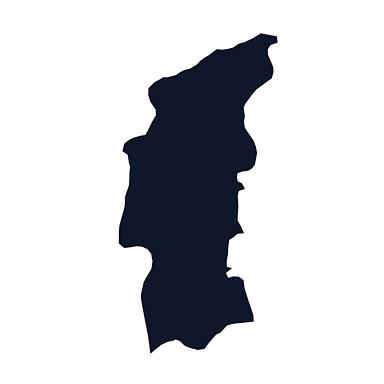 Axixá, Maranhão, Brazil, rotated 185°
{"feature_id": "56859067B14905169969378", "entity_name": "Axixá", "entity_type": "district", "adm_level": 2, "iso_a3": "BRA", "parent_name": "Brazil", "parent_adm1": "Maranhão", "projection": "robinson", "projection_center": [-44.102, -2.845], "detail": "fine", "context": "isolated", "style": "filled", "palette": "ink", "viewbox_px": 384, "rotation_deg": 185, "n_neighbors": 0, "source": "geoboundaries", "source_scale": "gbopen_adm2", "svg_char_len": 1843}
<svg xmlns="http://www.w3.org/2000/svg" viewBox="0 0 384 384"><g transform="rotate(185 192 192)"><path d="M259.7,134.8L254.4,131.1L247.5,132.6L242.2,134.1L236.2,133.8L230.9,131.8L226.6,127.3L224.6,119.7L225.0,111.7L229.8,101.9L231.5,97.8L232.4,91.2L233.2,85.3L232.5,80.3L230.5,72.9L228.8,66.8L226.6,59.1L222.4,44.5L218.9,28.7L215.3,32.6L209.7,37.7L203.3,41.5L199.1,42.5L195.3,44.5L190.9,43.2L184.9,38.5L178.5,36.9L172.1,35.9L166.4,37.5L162.7,43.5L159.5,48.0L156.0,52.6L151.8,55.1L148.9,58.9L146.0,62.6L142.2,64.2L136.9,65.7L129.6,66.9L120.0,68.9L120.9,74.2L123.2,80.0L127.3,89.1L132.1,100.9L133.6,108.2L138.2,111.0L143.6,110.7L148.9,108.7L152.0,114.5L147.1,119.2L151.3,119.5L152.2,125.8L151.5,133.6L151.8,141.4L151.5,147.9L147.0,151.3L143.6,155.0L137.8,156.0L140.9,161.8L144.6,166.8L145.1,172.3L145.3,181.5L146.9,192.2L146.2,197.7L140.6,200.0L143.6,204.5L148.0,205.9L149.3,210.6L149.1,215.2L143.6,217.6L138.5,218.6L134.9,221.2L132.5,225.0L131.3,236.3L133.1,242.7L135.8,248.1L141.1,254.6L145.6,260.2L147.1,266.2L146.7,272.1L148.7,280.5L147.3,284.8L144.4,289.6L140.5,295.9L137.2,300.4L132.0,305.0L127.0,309.4L123.2,312.6L122.0,318.3L122.7,323.1L125.6,328.9L129.0,335.1L129.8,340.9L126.9,346.0L120.6,348.7L121.6,353.7L137.1,355.3L143.6,350.3L152.7,345.0L158.2,343.0L163.1,338.9L168.2,337.0L174.4,335.6L179.5,335.7L187.1,328.8L190.7,326.3L194.6,322.9L198.0,318.7L204.7,313.8L209.5,312.3L213.9,309.7L218.0,306.3L226.1,303.4L230.2,303.2L233.9,300.4L238.2,297.7L243.7,291.4L243.3,284.8L240.6,278.5L234.6,271.2L233.9,265.0L237.0,258.7L239.3,252.5L242.7,244.3L248.4,242.7L255.3,240.0L259.7,237.1L263.0,233.7L264.0,227.0L258.6,223.9L257.0,216.9L254.9,211.4L255.3,206.3L254.9,201.1L254.6,193.0L256.4,186.2L257.6,180.4L257.0,174.6L257.6,168.1L259.3,159.7L260.7,151.2L260.6,146.0L259.7,134.8Z" fill="#0f172a" stroke="#020617" stroke-width="1.5"/></g></svg>